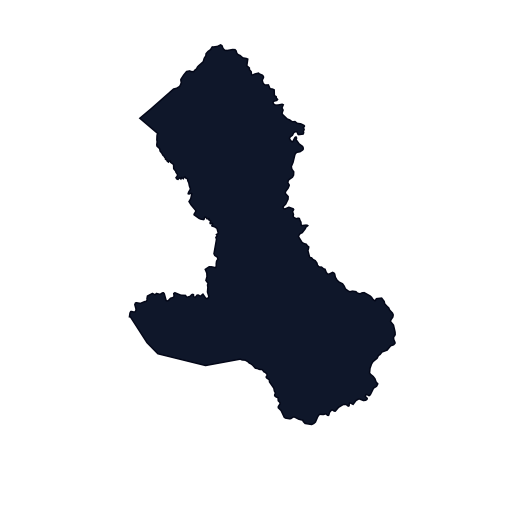 outline of El Porvenir, Francisco Morazán, Honduras, rotated 133°
{"feature_id": "27666195B45920652298174", "entity_name": "El Porvenir", "entity_type": "district", "adm_level": 2, "iso_a3": "HND", "parent_name": "Honduras", "parent_adm1": "Francisco Morazán", "projection": "mercator", "projection_center": [-87.232, 14.709], "detail": "fine", "context": "isolated", "style": "filled", "palette": "ink", "viewbox_px": 512, "rotation_deg": 133, "n_neighbors": 0, "source": "geoboundaries", "source_scale": "gbopen_adm2", "svg_char_len": 6111}
<svg xmlns="http://www.w3.org/2000/svg" viewBox="0 0 512 512"><g transform="rotate(133 256 256)"><path d="M120.5,378.9L123.7,381.0L126.2,382.0L126.4,382.3L126.0,383.4L124.5,385.2L124.2,387.9L123.0,389.1L123.1,392.5L117.6,396.3L118.1,397.7L120.1,400.8L120.2,404.4L120.9,406.4L120.9,408.1L119.5,410.6L119.4,412.1L120.9,413.9L125.2,417.1L126.9,419.1L126.7,421.7L125.4,424.3L125.7,425.9L128.8,427.0L132.2,429.7L132.9,430.6L136.1,430.0L139.1,430.6L142.1,430.5L143.8,429.2L146.7,428.7L149.9,427.1L156.0,427.7L157.7,427.7L159.7,427.1L162.1,427.5L163.7,427.2L165.3,429.2L165.9,430.8L168.4,432.6L173.0,432.3L178.1,431.4L179.1,430.4L180.0,429.0L182.1,428.0L184.1,427.5L187.4,428.4L190.1,430.2L219.8,433.1L234.5,434.9L233.4,411.2L234.5,411.1L235.6,410.4L238.7,407.7L239.9,406.2L242.4,404.4L243.2,403.3L243.2,399.7L244.7,397.6L245.0,395.1L245.8,392.7L245.7,390.9L246.1,390.3L246.2,388.8L246.9,388.3L246.7,386.4L247.2,385.6L247.0,384.0L245.6,384.2L244.9,383.6L245.7,382.2L245.3,378.7L248.3,375.7L248.7,372.7L249.4,371.5L249.8,369.2L251.3,368.0L253.2,368.0L253.7,366.7L253.2,365.3L250.8,365.3L250.9,363.4L249.2,363.8L249.1,361.9L247.4,362.3L246.8,362.1L246.6,361.5L246.9,360.6L246.3,358.7L247.5,357.2L248.3,355.1L250.2,352.5L251.7,349.6L255.3,348.8L256.7,348.1L256.4,347.3L254.3,346.2L254.2,345.4L258.6,342.8L261.9,342.1L262.9,338.3L263.8,331.0L264.7,330.4L267.6,329.8L268.1,329.4L267.3,323.2L266.6,321.4L265.1,319.1L264.3,319.1L263.2,319.9L262.1,319.8L261.9,319.0L262.2,317.1L260.8,316.0L261.7,315.2L261.2,313.1L263.1,312.2L263.5,311.7L263.2,311.1L262.0,310.6L261.9,309.7L262.4,309.4L263.7,309.2L264.1,308.6L262.9,306.3L262.4,303.4L265.0,299.2L265.5,299.0L267.3,299.6L267.8,298.0L269.7,298.1L270.7,296.3L283.0,288.3L283.7,286.5L283.2,283.5L284.5,281.4L285.5,281.6L286.7,281.3L288.7,279.9L290.5,278.2L292.1,277.6L294.2,281.1L295.8,282.9L300.4,284.0L302.0,280.4L304.5,277.8L308.0,276.0L308.7,272.3L310.3,271.7L311.8,269.8L315.4,267.0L317.7,263.0L318.7,262.5L320.0,262.5L320.9,263.1L321.1,264.4L320.1,268.8L323.2,269.2L323.6,269.7L323.8,271.4L324.7,272.4L327.9,272.2L328.2,274.0L326.9,275.4L327.5,276.4L328.5,276.7L330.3,276.6L333.1,278.2L333.3,279.1L332.9,280.7L335.9,284.2L338.2,290.3L339.5,290.6L341.2,288.6L342.1,288.2L343.2,288.5L345.2,289.7L348.4,289.7L349.5,290.3L349.9,291.3L346.2,297.3L346.0,298.6L346.8,299.3L349.5,300.0L351.3,303.3L352.7,303.3L353.4,303.8L354.0,306.2L359.3,308.1L361.5,306.7L362.3,305.7L364.0,305.3L365.4,306.4L369.5,308.2L371.8,311.7L372.6,312.1L374.2,311.5L376.7,307.5L377.8,306.7L379.1,306.4L380.1,306.8L381.5,309.3L382.0,309.7L383.6,309.3L386.8,307.1L386.2,306.2L393.7,276.6L394.4,261.1L370.5,218.2L342.2,197.2L341.5,195.3L339.5,192.8L338.8,189.8L338.9,187.9L338.4,186.5L338.1,184.2L338.5,180.0L337.2,177.9L336.7,176.3L334.8,173.9L335.3,171.2L334.8,169.8L334.9,167.6L335.6,166.4L337.3,166.2L337.8,165.7L337.9,164.6L337.4,162.0L338.9,160.2L340.5,152.8L342.2,150.5L342.9,148.4L344.7,147.7L345.5,147.0L345.4,145.1L344.6,143.3L346.7,141.0L346.8,138.9L347.1,138.2L347.7,137.6L350.9,137.0L351.8,136.2L351.9,132.3L354.7,125.3L354.4,123.8L352.0,120.2L351.1,119.6L348.4,119.0L347.5,118.0L346.2,113.4L344.1,109.6L344.8,108.7L345.0,105.9L341.3,100.4L339.1,99.5L336.9,99.3L331.6,101.2L329.6,101.6L328.3,101.4L326.0,98.6L323.8,97.3L323.7,95.0L323.3,94.4L322.7,94.3L320.2,95.6L317.3,95.7L316.5,95.1L316.1,93.0L315.4,92.2L310.4,92.4L305.3,91.0L303.3,89.1L303.0,87.9L303.0,86.6L302.6,85.9L302.0,85.8L300.4,87.1L299.7,87.3L299.1,86.6L298.3,83.8L293.6,84.3L290.2,83.3L288.4,78.8L286.7,77.4L285.3,77.1L284.5,77.3L284.2,77.8L284.2,80.3L282.3,81.0L281.7,80.5L281.1,78.1L280.4,77.8L278.8,78.0L272.5,79.9L269.1,79.0L266.8,79.6L266.3,80.0L266.4,81.4L266.1,82.6L264.7,85.2L264.2,88.1L264.4,91.4L264.2,93.1L260.4,96.0L256.1,97.9L253.5,98.4L248.2,97.7L245.3,98.6L243.4,98.1L240.3,98.4L235.4,95.9L229.9,96.3L227.1,94.8L225.1,94.8L224.4,95.4L223.3,98.0L222.0,99.7L220.5,100.3L219.8,100.2L218.6,100.6L216.8,102.4L212.8,108.3L212.2,113.0L210.6,113.8L207.3,114.3L205.5,115.5L204.7,117.2L204.4,121.4L203.4,123.7L203.5,125.5L203.2,129.3L201.8,131.3L201.1,135.4L204.9,138.7L205.5,138.8L207.2,138.3L207.7,138.6L208.0,140.8L207.4,143.3L207.4,145.3L209.0,151.9L210.6,153.3L212.7,154.1L214.0,156.5L213.9,158.6L215.9,161.5L218.0,162.9L218.6,164.1L219.1,168.1L217.9,170.9L217.3,173.8L218.4,177.4L218.4,180.3L217.4,183.5L215.5,186.2L215.3,187.3L215.7,188.8L219.2,190.1L220.4,191.2L220.1,193.4L218.6,196.5L219.3,197.9L219.4,200.4L219.8,201.1L220.6,201.5L221.0,203.1L220.7,205.0L219.6,206.6L219.0,209.5L219.7,212.2L219.4,214.1L220.2,215.2L220.1,216.3L216.7,221.7L214.0,223.1L213.3,223.8L213.6,225.2L213.1,227.2L214.2,229.5L214.7,231.5L212.9,238.1L211.8,238.7L209.6,239.0L207.4,238.1L202.2,238.6L201.2,239.2L198.5,238.8L198.6,239.6L199.4,240.6L202.6,243.3L202.3,244.4L200.6,246.2L200.0,248.1L199.0,249.9L199.6,251.0L201.3,252.0L202.0,254.7L201.6,255.9L200.0,257.0L198.6,259.6L196.4,260.1L196.1,261.0L197.9,265.2L202.2,267.1L202.3,268.2L201.9,269.8L197.8,269.7L192.6,271.3L190.6,273.0L190.2,277.2L189.5,277.9L188.3,278.4L184.5,278.8L181.8,279.8L181.3,280.4L180.8,282.6L178.8,283.9L177.4,283.9L173.5,283.1L171.2,283.7L168.7,285.8L168.1,288.9L166.5,291.2L162.2,292.8L155.3,296.7L154.0,297.0L152.4,296.9L149.7,294.9L146.7,294.2L145.5,294.4L144.5,295.6L144.1,296.7L144.6,300.9L143.6,305.8L143.5,306.2L142.1,306.7L141.6,307.8L142.0,308.2L142.9,308.3L146.9,307.2L147.7,307.3L148.0,307.9L147.9,309.4L147.5,311.2L146.9,311.9L145.4,312.2L142.9,311.7L140.0,312.5L138.7,312.2L137.6,311.3L137.3,310.4L138.3,308.5L138.2,307.6L134.7,304.7L133.3,305.2L132.8,306.2L130.6,307.1L129.7,309.1L128.4,308.9L127.8,309.4L127.8,310.2L128.8,313.4L130.9,316.4L131.1,319.2L132.7,320.6L133.2,321.5L133.5,324.2L134.5,326.6L134.4,332.7L134.2,333.8L133.5,334.5L130.8,335.7L130.0,338.0L126.8,339.2L127.2,340.4L130.5,342.8L132.1,344.4L132.7,345.6L132.7,347.1L132.2,348.2L131.2,348.6L130.1,348.2L128.1,346.9L126.8,347.0L126.6,348.9L125.7,349.9L126.1,352.0L122.1,356.0L122.6,357.7L124.1,359.8L122.4,363.6L124.7,365.9L125.0,367.7L124.5,369.3L123.1,371.4L120.4,372.2L119.6,373.1L119.4,374.6L120.6,377.9L120.5,378.9Z" fill="#0f172a" stroke="#020617" stroke-width="1.5"/></g></svg>